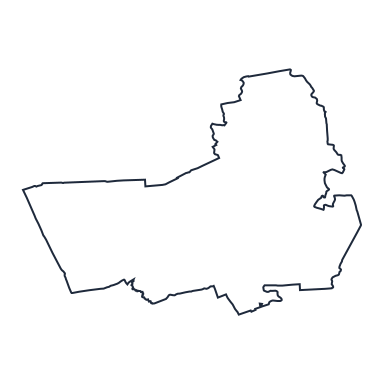 the district of Sarbii - Magura, Olt, Romania
{"feature_id": "2599482B40554903092578", "entity_name": "Sarbii - Magura", "entity_type": "district", "adm_level": 2, "iso_a3": "ROU", "parent_name": "Romania", "parent_adm1": "Olt", "projection": "equal_earth", "projection_center": [24.696, 44.548], "detail": "fine", "context": "isolated", "style": "outline", "palette": "slate", "viewbox_px": 384, "rotation_deg": 0, "n_neighbors": 0, "source": "geoboundaries", "source_scale": "gbopen_adm2", "svg_char_len": 5991}
<svg xmlns="http://www.w3.org/2000/svg" viewBox="0 0 384 384"><path d="M331.8,288.3L332.1,287.9L333.0,287.5L333.2,287.0L332.8,285.8L331.7,284.2L332.2,281.2L332.0,280.6L331.5,279.8L331.5,279.2L332.3,277.8L332.7,277.3L335.6,275.8L337.9,275.2L338.9,274.5L339.6,271.8L340.5,271.2L341.0,269.8L340.9,269.4L339.3,267.9L339.5,266.5L340.6,263.7L341.9,261.5L342.2,259.9L357.3,232.2L360.9,225.4L361.0,224.7L357.3,211.5L356.7,210.2L355.7,205.5L354.7,202.2L354.0,200.2L353.4,198.9L351.7,195.8L351.2,195.3L346.9,195.3L344.5,195.7L339.3,195.3L334.4,195.6L334.2,195.7L334.1,196.1L334.9,198.2L335.0,199.6L334.6,200.7L333.5,202.7L332.9,204.0L332.9,204.5L333.2,206.2L333.1,206.4L332.6,206.6L329.4,206.2L328.0,205.8L325.7,204.8L324.6,205.0L324.1,205.2L323.9,205.5L324.0,207.4L323.7,209.5L323.5,209.8L320.6,208.8L316.9,207.8L314.6,206.9L314.2,206.4L314.2,206.0L314.9,204.4L316.7,201.8L318.2,199.8L321.1,197.8L321.7,196.2L322.0,195.9L322.6,195.7L323.0,195.9L323.5,197.0L323.9,197.4L324.5,197.5L325.0,197.4L325.2,196.8L325.3,195.6L326.2,193.1L326.4,191.6L326.9,191.1L328.7,189.9L329.0,189.4L328.9,189.0L327.0,187.4L324.9,183.2L324.5,180.3L324.5,178.6L324.8,177.1L325.7,174.6L323.6,172.4L323.7,172.2L325.5,172.2L326.5,172.0L330.7,169.9L332.4,169.4L334.4,170.0L340.8,172.9L342.0,173.2L342.8,172.5L344.3,169.4L344.2,168.9L343.0,168.0L342.9,167.6L343.1,167.4L344.4,166.8L344.8,166.3L344.8,165.7L343.0,163.2L341.9,161.3L341.6,160.1L341.6,157.6L341.3,155.3L340.5,154.9L338.3,154.8L337.7,154.4L336.3,152.2L334.3,150.0L333.8,149.2L333.6,148.4L333.9,145.8L333.8,145.4L333.3,145.0L332.7,144.8L328.1,144.3L327.7,143.8L327.4,141.3L327.7,140.4L327.7,138.4L327.1,131.0L326.8,125.3L326.8,124.5L326.4,123.1L326.0,118.4L325.1,116.7L325.0,116.1L325.0,114.7L324.8,114.1L325.0,113.5L324.9,112.6L325.5,112.2L325.6,111.9L324.6,111.3L324.3,111.0L323.9,109.7L323.8,107.2L323.2,106.6L321.3,105.7L320.3,105.6L318.0,104.5L316.9,103.7L316.7,103.2L316.7,102.9L317.2,100.6L316.9,99.1L315.2,97.6L312.7,97.1L312.0,96.6L311.7,96.2L311.3,95.1L311.4,94.3L313.3,92.1L313.8,91.4L313.9,90.7L312.2,87.9L311.0,86.6L310.8,85.9L309.8,84.4L307.1,81.8L306.0,80.3L305.0,78.4L303.2,76.1L302.1,75.7L301.2,75.6L294.5,76.3L292.8,76.0L292.0,75.7L290.5,74.6L290.2,73.9L290.2,72.6L290.8,70.7L290.8,69.9L290.4,69.6L290.0,69.4L279.3,71.2L267.6,73.4L248.7,76.6L248.4,76.2L248.1,76.2L246.1,76.5L243.7,77.2L241.4,78.8L240.6,80.0L241.6,80.3L242.5,81.0L243.6,82.5L243.7,83.1L243.5,84.2L242.9,85.5L242.5,85.8L242.2,86.3L241.5,86.8L240.9,88.2L240.9,88.6L241.1,88.8L241.2,89.3L241.7,90.1L242.0,90.9L242.1,91.6L241.9,92.3L241.1,93.7L239.3,95.1L238.9,96.1L240.6,100.1L234.2,102.2L227.7,103.0L221.3,104.4L221.2,105.9L221.4,107.0L222.3,109.9L222.7,111.7L223.7,113.3L223.9,113.7L223.9,114.2L223.5,114.9L223.4,115.4L223.5,116.1L223.9,117.0L224.1,117.9L224.1,119.4L223.8,120.7L223.9,121.5L224.3,121.9L224.6,122.1L226.2,122.3L226.4,122.5L226.3,122.9L224.4,125.4L223.4,125.1L222.2,125.3L220.4,124.9L216.9,124.8L213.6,124.1L212.4,123.7L211.0,125.9L210.8,127.1L210.9,127.7L212.3,129.4L213.8,133.6L213.7,134.2L212.8,135.5L212.6,136.0L212.9,137.6L214.3,139.9L215.7,140.3L217.4,141.8L215.4,144.1L216.2,145.0L212.7,146.9L214.4,149.2L214.5,149.6L214.1,152.9L214.3,153.4L215.0,154.2L217.7,155.0L218.0,155.3L219.1,158.0L202.5,165.8L197.6,168.2L191.7,170.1L191.0,170.4L189.7,172.0L189.1,172.4L188.4,172.3L187.6,172.7L186.1,173.0L177.1,177.7L177.6,178.3L169.1,182.4L165.5,184.3L162.5,184.9L145.4,186.4L145.0,179.7L123.6,180.4L116.9,180.8L107.4,181.8L106.4,181.6L105.4,181.2L104.3,181.1L64.0,182.7L63.4,183.0L62.9,183.0L61.3,182.6L43.1,183.2L42.6,183.3L42.2,183.8L42.1,184.4L41.4,185.1L37.6,186.0L36.4,186.6L35.2,186.0L34.3,186.0L32.1,187.0L23.0,189.9L26.8,197.8L34.6,215.7L35.7,218.5L38.4,223.7L41.5,230.6L43.4,235.6L44.0,236.2L46.1,239.7L52.6,253.1L60.8,268.7L61.9,270.2L63.6,271.6L64.5,273.0L64.9,273.3L64.9,274.1L64.6,274.8L64.7,276.0L65.6,277.8L66.0,279.4L66.5,280.4L69.2,287.9L71.2,292.5L71.6,293.0L72.5,293.0L79.3,291.7L89.4,290.2L100.6,288.8L103.7,288.6L107.0,287.3L109.1,286.8L110.6,285.8L113.4,285.1L117.5,283.6L119.2,282.6L119.9,282.0L121.8,280.7L123.8,279.7L124.2,279.7L124.8,280.3L125.2,281.4L126.0,282.8L127.4,284.4L128.5,282.8L128.9,282.4L130.3,281.4L133.6,279.4L133.4,279.9L133.6,281.0L132.1,282.5L132.0,282.8L132.5,283.9L132.1,284.5L131.5,285.1L132.5,286.0L132.7,286.8L133.0,287.1L133.2,287.6L133.2,288.0L132.7,288.2L132.4,288.5L132.4,289.0L132.8,289.3L134.5,289.2L135.6,290.7L135.9,290.7L136.0,290.1L136.3,290.1L137.2,291.3L137.7,291.2L138.0,290.7L138.8,291.0L140.1,291.0L140.9,291.5L141.0,292.0L142.1,291.9L142.5,291.9L142.6,292.6L143.2,293.2L143.2,293.8L143.2,294.0L142.5,294.3L142.8,295.2L142.1,296.0L142.1,296.8L142.6,297.2L144.2,297.4L144.5,298.4L144.9,298.5L145.2,299.0L145.7,299.2L146.3,299.8L146.9,299.6L148.1,299.4L148.3,300.5L148.9,301.3L149.0,301.6L149.5,301.5L149.9,301.1L150.6,301.2L150.7,301.3L150.7,301.9L150.9,302.2L151.0,302.9L151.2,303.1L152.2,303.1L152.4,303.6L154.5,303.4L166.1,298.9L166.5,298.3L167.3,297.6L168.8,295.3L169.7,294.8L170.3,294.7L173.0,295.2L174.6,295.3L174.9,295.2L176.2,294.3L177.8,293.7L179.8,293.6L185.4,292.3L189.8,291.5L191.4,291.5L192.2,291.1L193.0,290.9L201.4,289.6L202.7,289.2L204.2,288.4L206.6,288.8L208.1,288.2L208.9,287.7L210.5,286.4L212.9,286.3L213.7,285.9L215.0,289.1L217.9,297.6L226.0,294.4L227.1,296.9L227.9,298.3L230.5,301.8L232.7,304.5L235.0,308.9L237.0,311.5L237.3,311.6L238.8,314.6L250.7,310.5L251.4,311.7L255.5,309.9L255.2,308.9L260.4,307.1L259.8,303.6L262.0,303.9L261.4,305.3L261.3,306.7L268.7,304.3L269.2,302.5L269.5,302.0L270.7,301.2L272.2,300.6L273.0,300.5L277.5,301.0L280.0,301.0L280.6,300.9L281.6,300.2L281.7,299.9L281.6,299.1L281.1,298.3L280.1,297.4L278.6,296.5L277.8,295.5L277.5,293.9L277.6,292.1L277.0,291.4L276.4,291.0L275.4,290.7L272.3,290.9L270.4,290.8L268.5,291.8L267.5,291.9L266.8,291.8L264.2,290.7L263.9,290.5L263.7,289.9L263.3,287.5L263.5,286.8L264.6,285.3L275.8,285.3L277.8,285.6L282.4,285.6L292.0,284.7L299.7,284.2L300.0,290.1L325.5,288.8L331.8,288.3Z" fill="none" stroke="#1e293b" stroke-width="2"/></svg>